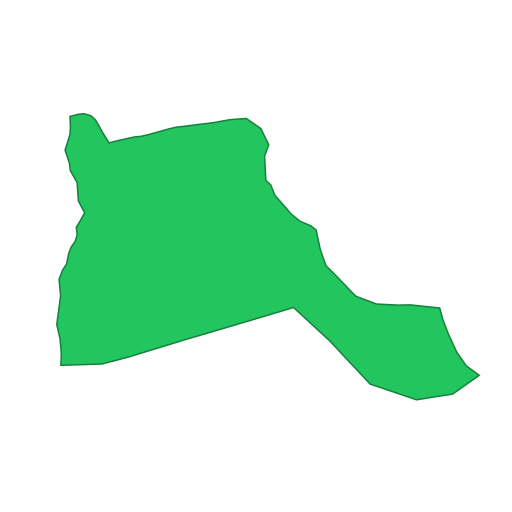 Khartoum, Khartoum, Sudan, rotated 353°
{"feature_id": "16777658B94119143973525", "entity_name": "Khartoum", "entity_type": "district", "adm_level": 2, "iso_a3": "SDN", "parent_name": "Sudan", "parent_adm1": "Khartoum", "projection": "albers", "projection_center": [32.553, 15.552], "detail": "fine", "context": "isolated", "style": "filled", "palette": "green", "viewbox_px": 512, "rotation_deg": 353, "n_neighbors": 0, "source": "geoboundaries", "source_scale": "gbopen_adm2", "svg_char_len": 1143}
<svg xmlns="http://www.w3.org/2000/svg" viewBox="0 0 512 512"><g transform="rotate(353 256 256)"><path d="M88.4,94.8L87.5,105.6L86.2,112.6L83.1,119.6L79.4,127.5L82.1,141.2L82.1,148.7L87.4,161.2L86.4,179.7L88.7,185.8L91.2,192.2L85.4,200.2L81.1,205.7L81.1,213.2L78.2,219.6L73.6,224.6L70.2,231.1L66.9,241.1L62.5,246.1L57.7,255.1L57.2,271.7L53.3,286.7L51.6,293.2L49.9,299.7L51.4,314.2L50.9,329.2L49.0,340.7L65.3,342.2L90.1,344.4L118.7,340.5L138.2,337.0L172.5,330.9L229.2,321.5L287.0,311.7L318.7,349.1L353.7,397.1L397.9,418.3L416.0,417.6L434.4,417.0L463.0,401.6L451.3,390.6L443.5,375.8L437.3,356.5L433.7,341.8L432.0,330.0L403.2,323.3L391.2,322.1L369.6,318.3L350.2,308.1L344.7,300.9L333.7,286.2L324.3,274.2L320.6,257.5L318.8,237.5L314.2,232.8L303.8,226.8L295.9,218.5L291.8,212.2L282.2,198.2L279.3,187.2L275.0,182.2L276.7,157.9L282.2,147.2L276.4,130.2L263.1,118.3L247.0,117.5L228.7,118.5L215.3,118.4L200.7,118.5L192.5,118.4L185.2,119.2L178.6,120.2L164.8,122.3L156.6,123.2L150.3,123.0L134.9,124.4L124.0,125.8L118.9,115.0L115.9,107.5L113.2,101.3L109.4,96.8L102.4,93.7L96.1,93.7L88.4,94.8Z" fill="#22c55e" stroke="#15803d" stroke-width="1.5"/></g></svg>